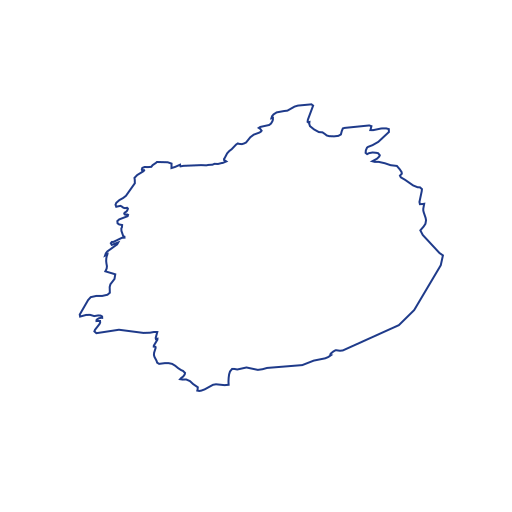 SVG path tracing the border of Northern Savonia, rotated 147°
{"feature_id": "FIN-3178", "entity_name": "Northern Savonia", "entity_type": "Province", "adm_level": 1, "iso_a3": "FIN", "parent_name": "Finland", "parent_adm1": "", "projection": "natural_earth1", "projection_center": [27.676, 63.147], "detail": "fine", "context": "isolated", "style": "outline", "palette": "blue", "viewbox_px": 512, "rotation_deg": 147, "n_neighbors": 0, "source": "natural_earth", "source_scale": "10m", "svg_char_len": 3845}
<svg xmlns="http://www.w3.org/2000/svg" viewBox="0 0 512 512"><g transform="rotate(147 256 256)"><path d="M173.8,120.2L234.6,129.5L237.2,130.8L240.3,133.5L241.3,133.7L243.3,133.8L246.6,133.4L247.6,132.6L247.4,132.2L247.2,132.0L250.4,131.9L253.7,132.5L264.5,136.8L276.6,139.3L307.7,156.1L312.2,157.5L316.5,159.5L324.7,167.7L333.5,171.0L335.6,173.0L337.6,174.3L340.7,173.3L343.0,171.4L345.3,168.7L347.4,165.8L349.1,162.9L352.7,164.8L359.4,170.2L362.2,171.4L371.7,172.1L375.2,172.9L377.1,173.7L378.5,175.1L378.1,175.4L376.3,177.6L378.5,182.9L379.5,187.0L381.8,190.5L384.8,192.3L386.7,194.0L385.3,194.4L382.6,194.6L380.3,195.5L379.2,196.6L379.8,199.4L380.9,201.0L382.4,204.4L383.5,207.9L385.1,211.2L387.6,213.7L390.8,215.8L396.0,218.3L397.0,220.4L396.6,221.8L396.4,223.1L396.1,226.7L395.5,228.6L394.1,230.4L390.2,233.6L389.8,234.6L390.7,235.4L391.1,235.7L390.5,236.5L384.3,239.5L383.7,240.3L385.2,240.8L384.8,241.9L380.2,246.0L383.1,247.9L386.7,249.4L392.3,252.8L411.1,268.8L431.9,278.2L432.6,280.8L431.2,281.8L424.5,284.1L423.0,285.0L422.2,286.4L422.7,286.7L424.6,288.0L425.2,288.3L424.7,289.1L423.6,289.4L421.5,289.3L419.5,288.5L418.7,287.9L418.0,289.1L418.8,290.7L420.7,292.1L424.4,293.7L427.2,297.0L430.6,299.1L436.5,301.0L435.7,302.9L420.8,310.5L417.0,311.5L411.7,309.5L406.8,306.3L401.7,304.4L398.6,304.8L395.6,309.7L393.5,311.6L387.2,313.8L384.0,317.3L390.7,325.2L388.9,326.3L388.0,326.9L386.6,328.6L385.5,331.2L384.4,333.4L382.8,335.6L381.0,337.4L380.1,338.0L379.7,338.4L382.3,338.6L380.5,340.0L378.2,340.8L366.1,341.4L364.2,342.4L370.9,343.9L370.8,345.8L369.2,346.3L368.0,345.5L358.6,344.3L356.3,343.0L355.8,343.9L356.1,344.3L356.4,344.5L356.6,344.7L355.2,350.3L354.0,352.4L352.7,353.2L351.4,354.9L353.6,357.0L354.3,358.8L353.3,360.8L350.8,361.2L342.0,359.3L340.9,360.2L341.4,361.0L343.2,361.9L343.5,362.6L343.3,363.5L342.4,363.9L341.5,363.8L339.9,364.0L338.3,364.9L337.6,365.6L337.9,366.7L338.9,367.0L340.4,368.0L341.3,369.5L341.6,370.6L342.4,371.9L345.8,373.2L346.4,373.4L345.9,375.5L344.2,376.7L340.1,377.3L335.8,377.0L332.3,377.3L318.0,383.0L316.2,385.9L315.4,387.7L311.5,388.6L304.1,388.4L302.4,389.1L305.0,389.2L304.6,390.8L303.3,391.8L300.9,391.3L298.2,389.4L295.2,387.8L293.3,388.5L289.0,388.6L287.9,388.8L279.0,382.7L276.5,379.5L279.0,375.8L275.5,374.8L270.0,373.9L270.1,373.7L270.4,372.8L270.5,372.3L267.7,371.1L252.5,362.1L248.3,359.1L246.3,358.3L242.8,356.3L240.6,355.9L240.3,355.7L237.8,353.9L234.0,352.6L233.3,352.2L229.4,351.5L229.6,352.0L230.5,354.0L229.8,354.9L228.9,355.2L224.3,357.8L221.2,358.6L218.3,358.8L212.0,360.3L209.9,360.3L209.3,359.4L206.9,357.5L204.8,356.9L202.5,356.6L196.1,358.7L191.8,359.0L186.1,357.7L184.4,357.6L183.1,358.0L183.2,360.4L183.9,361.9L182.1,361.9L173.6,358.7L171.3,358.9L169.0,360.0L167.6,361.1L166.6,362.6L167.0,362.7L168.1,363.1L166.4,364.5L164.2,365.2L160.5,365.2L153.5,362.3L150.5,360.8L142.3,360.3L138.9,359.3L126.9,353.0L126.2,351.0L138.2,342.1L139.7,340.4L139.4,339.5L139.0,339.4L138.5,339.4L138.2,339.3L139.4,337.8L140.0,335.5L138.4,330.6L135.8,325.7L132.9,323.5L131.7,320.6L131.0,318.5L129.3,316.6L125.3,313.8L121.5,311.9L118.6,311.7L116.1,314.0L113.7,315.7L112.0,315.2L89.9,303.8L88.5,302.0L91.0,299.7L91.5,299.3L89.1,297.7L81.4,294.7L77.4,292.2L75.5,290.1L77.0,287.6L91.3,285.1L97.9,285.5L102.7,286.5L103.9,286.4L106.3,284.8L107.9,282.8L107.3,280.9L105.2,280.7L101.8,279.3L98.9,277.0L97.6,275.7L97.3,273.1L98.5,272.3L101.5,271.7L106.8,272.1L105.2,270.3L101.9,268.2L97.4,263.6L93.7,258.9L88.8,254.8L88.2,250.2L88.2,247.0L88.9,245.6L91.5,245.0L91.7,243.1L89.5,238.7L85.8,229.6L83.0,225.6L81.1,224.3L80.4,221.7L81.9,219.9L89.5,212.3L90.3,210.2L87.7,208.7L86.5,208.2L90.0,204.5L91.0,202.9L91.6,201.1L93.0,195.6L93.9,193.4L96.4,190.7L99.4,189.4L104.2,188.0L104.7,182.8L100.5,158.6L98.9,154.7L106.1,147.6L152.8,124.5L173.8,120.2Z" fill="none" stroke="#1e3a8a" stroke-width="2"/></g></svg>